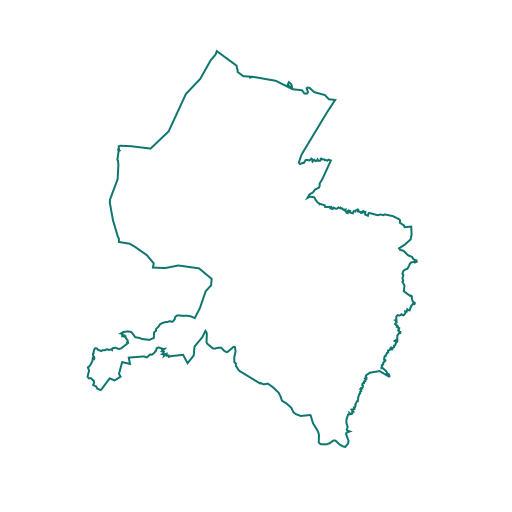 the district of Eduardo Neri, Guerrero, Mexico, rotated 200°
{"feature_id": "50627088B91024651909161", "entity_name": "Eduardo Neri", "entity_type": "district", "adm_level": 2, "iso_a3": "MEX", "parent_name": "Mexico", "parent_adm1": "Guerrero", "projection": "albers", "projection_center": [-99.66, 17.814], "detail": "fine", "context": "isolated", "style": "outline", "palette": "teal", "viewbox_px": 512, "rotation_deg": 200, "n_neighbors": 0, "source": "geoboundaries", "source_scale": "gbopen_adm2", "svg_char_len": 6070}
<svg xmlns="http://www.w3.org/2000/svg" viewBox="0 0 512 512"><g transform="rotate(200 256 256)"><path d="M107.9,123.2L110.4,123.2L111.3,123.8L111.5,126.8L114.0,130.1L115.1,133.5L115.2,138.4L114.1,139.1L114.7,140.5L112.9,139.9L112.2,140.2L111.6,141.1L112.3,142.4L111.3,143.0L113.6,144.4L111.2,145.7L112.1,147.2L111.3,147.5L111.2,149.4L111.9,150.3L111.3,154.2L110.6,154.7L111.6,158.2L111.7,161.9L111.1,162.5L111.7,164.0L110.9,165.1L112.3,166.4L111.8,166.6L112.1,167.6L111.0,167.9L111.4,168.4L110.8,169.5L111.2,170.8L112.1,171.1L112.3,172.8L111.0,173.4L111.6,174.9L110.5,175.6L111.0,176.3L110.2,178.1L111.6,178.3L110.8,179.7L111.7,180.3L111.8,181.4L109.2,185.2L100.6,190.1L89.8,188.2L89.5,188.8L90.7,190.3L92.7,190.5L93.3,191.5L95.4,192.8L98.8,194.0L99.7,193.4L100.0,193.8L99.8,195.8L100.4,196.4L99.4,197.7L100.0,199.2L98.6,201.9L98.8,202.4L100.1,202.3L100.8,204.8L100.6,206.0L100.0,206.1L99.8,209.8L98.8,210.5L99.6,212.3L98.2,213.3L98.1,215.5L97.9,215.9L97.0,214.6L96.1,214.8L96.1,216.6L95.1,217.5L95.6,219.0L94.7,219.7L94.8,221.9L94.3,223.2L96.7,223.6L95.6,225.1L94.6,224.5L94.2,224.8L96.0,229.5L95.1,232.5L94.1,232.9L94.1,233.5L94.4,234.0L95.5,233.8L96.2,234.9L96.9,234.8L96.7,237.1L99.0,237.4L98.6,238.3L99.0,238.7L100.0,239.1L100.4,238.8L102.0,239.6L101.2,241.9L102.1,242.1L102.0,243.5L103.1,243.5L102.5,244.3L103.4,247.1L102.7,248.9L101.0,249.0L99.6,250.3L99.4,251.0L97.4,250.5L96.9,250.9L96.1,253.6L96.9,255.0L95.4,255.2L95.6,257.6L94.7,257.2L93.1,257.4L93.2,260.6L92.8,261.4L93.1,262.3L92.2,264.6L90.8,264.8L90.5,265.6L91.1,266.5L92.4,266.4L93.5,267.3L95.3,269.8L95.7,271.4L97.1,271.8L97.5,271.2L105.0,273.4L106.4,279.1L109.6,281.9L109.2,283.1L110.8,285.2L111.0,288.5L112.3,289.3L112.4,292.2L111.5,294.0L109.4,295.7L108.7,299.7L108.9,300.9L108.1,302.9L105.5,304.6L104.5,304.2L103.0,305.7L103.8,306.8L105.0,306.4L107.7,307.2L108.8,308.5L113.4,308.7L119.1,311.3L122.9,311.1L124.2,312.2L120.0,317.7L116.4,324.5L117.1,329.3L120.2,336.7L126.2,333.9L127.1,335.2L132.3,336.5L132.6,338.4L133.6,339.4L140.9,340.3L149.3,339.1L150.1,338.0L153.2,337.6L155.7,335.9L163.6,335.3L164.8,334.8L164.6,332.1L167.6,332.3L168.3,334.8L170.4,333.4L170.1,334.8L170.7,334.9L172.6,332.5L173.4,333.0L175.5,332.7L175.4,334.1L176.3,334.6L178.1,332.6L178.1,331.7L179.5,331.6L179.7,329.2L183.7,329.1L183.1,330.4L184.7,330.5L185.6,328.7L184.8,327.6L185.6,327.5L186.7,328.8L187.8,329.0L187.8,330.3L189.6,329.3L191.3,330.2L191.9,329.8L193.1,330.3L193.3,329.7L195.2,329.8L195.8,328.5L197.0,327.7L199.8,328.0L200.0,326.5L201.2,327.0L201.7,326.1L202.4,326.2L202.6,327.7L207.7,325.7L208.7,327.1L213.0,326.9L213.9,326.3L214.4,327.0L216.2,327.3L219.0,329.0L221.3,331.1L225.7,330.2L227.5,328.2L226.8,332.2L224.3,335.1L223.3,338.5L220.2,341.8L220.2,343.9L221.0,345.8L220.0,350.6L218.3,371.3L220.7,371.4L221.6,369.9L223.1,370.1L224.0,369.5L224.9,370.1L226.6,369.6L227.9,370.0L228.4,369.5L227.9,368.7L228.3,367.5L230.0,366.7L231.2,367.8L231.4,366.6L232.5,365.5L234.2,366.3L235.1,364.0L235.7,364.6L235.6,365.8L237.2,366.5L238.6,364.0L240.9,363.8L242.2,363.1L242.9,359.6L244.2,359.3L246.1,357.4L247.7,358.4L247.9,366.8L238.4,415.3L235.0,429.7L241.2,428.2L246.3,430.8L257.3,429.9L263.3,432.3L265.3,431.8L265.8,431.0L263.1,427.6L263.8,425.9L266.1,425.3L269.6,427.5L278.2,425.3L279.2,425.8L281.5,429.4L284.6,430.5L284.8,427.8L278.7,425.2L297.3,427.4L319.8,423.4L321.5,422.9L321.3,422.5L322.7,421.6L323.4,422.4L329.5,420.6L336.2,422.7L337.1,425.0L338.1,425.8L339.3,428.2L362.9,435.1L362.9,431.4L365.5,424.5L369.0,403.3L377.3,384.2L380.7,343.3L391.8,320.9L411.4,316.3L421.2,313.2L422.5,312.1L421.3,309.5L422.0,309.1L421.9,308.6L420.4,308.3L421.0,307.7L419.2,299.0L418.4,298.5L416.6,294.9L412.3,280.9L412.5,259.3L411.6,256.1L402.7,240.8L392.7,227.2L390.9,225.5L389.6,222.3L379.1,224.3L373.5,223.4L358.7,219.4L349.6,214.1L348.9,209.9L337.2,213.6L325.8,220.5L305.3,224.9L289.8,219.3L288.2,213.1L291.2,205.7L290.9,187.8L292.3,176.7L296.8,177.0L300.7,176.2L304.7,174.6L308.4,173.8L310.1,172.8L311.0,171.1L310.8,168.8L311.7,166.0L312.7,165.3L314.8,165.3L316.6,163.6L318.0,163.2L321.3,160.9L323.1,158.4L323.3,156.6L324.9,153.3L324.4,151.4L325.6,149.5L324.0,144.1L327.5,140.7L335.0,139.0L337.0,139.2L341.7,138.4L346.8,141.8L348.4,141.8L350.9,141.2L354.8,139.1L356.3,137.2L354.9,137.6L354.5,136.8L354.9,136.1L354.1,135.8L354.1,135.2L352.8,136.1L352.7,135.3L351.5,135.8L351.5,135.2L350.8,135.2L349.6,133.8L348.1,133.2L346.6,130.8L347.4,130.5L346.8,129.9L351.2,123.0L353.1,121.7L356.9,121.7L359.0,120.4L359.4,119.8L359.1,118.4L360.2,118.6L362.3,117.4L364.1,117.4L365.6,115.9L368.0,115.0L368.9,113.7L372.7,113.9L374.0,114.7L375.6,114.3L376.0,112.9L375.7,109.7L375.3,109.3L375.7,108.2L375.3,107.0L373.4,105.6L372.8,104.1L372.9,103.7L374.4,104.1L373.8,101.5L374.2,98.1L375.0,94.9L375.9,93.9L373.7,91.2L373.0,85.0L371.4,83.9L369.2,84.7L366.7,83.4L365.9,83.5L364.8,81.5L364.9,79.1L361.6,78.7L359.7,77.0L356.4,76.9L355.8,77.3L351.6,91.0L346.3,90.7L342.0,96.3L344.4,98.3L345.5,110.5L337.5,111.5L340.8,117.0L327.0,123.3L324.0,123.3L321.8,127.3L320.1,127.6L318.2,130.7L318.2,131.8L317.5,132.7L317.8,135.4L316.1,136.8L311.2,136.8L310.2,137.4L310.7,136.3L311.9,135.4L311.3,134.9L311.7,134.2L309.8,134.4L309.8,132.4L310.5,131.7L308.9,131.7L308.3,132.2L308.2,130.7L306.5,133.5L305.7,131.9L304.1,132.6L303.5,131.4L301.7,132.8L290.7,138.2L283.6,131.9L280.5,141.2L282.8,149.9L278.7,161.2L277.9,168.3L276.6,167.5L275.5,165.8L273.1,158.3L272.1,157.0L264.9,154.4L263.2,154.8L260.1,156.9L257.4,157.9L253.4,156.0L251.0,155.6L250.1,155.9L246.1,162.8L245.4,163.3L244.5,163.0L242.6,159.4L241.8,153.5L240.2,149.2L239.6,148.5L238.2,148.2L237.3,145.9L232.8,142.5L208.7,137.6L208.5,138.2L205.0,138.0L201.1,140.1L195.5,138.6L188.0,135.3L185.0,132.5L182.1,128.9L176.8,127.8L171.0,125.5L167.2,121.9L164.3,121.0L159.2,121.0L150.9,125.0L150.1,124.9L145.3,118.4L138.4,112.9L136.6,110.9L135.4,108.8L133.4,102.5L131.9,101.5L130.3,101.4L125.3,103.1L122.7,105.3L120.2,109.0L119.1,109.6L117.9,109.6L113.0,107.5L109.5,106.8L106.8,107.1L105.4,111.2L105.7,113.8L110.4,119.4L110.6,120.4L110.1,121.4L107.9,123.2Z" fill="none" stroke="#0f766e" stroke-width="2"/></g></svg>